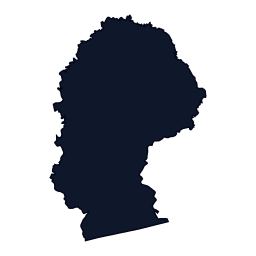 outline of Bu Dang, Bình Phước, Vietnam
{"feature_id": "81297802B33312647698223", "entity_name": "Bu Dang", "entity_type": "district", "adm_level": 2, "iso_a3": "VNM", "parent_name": "Vietnam", "parent_adm1": "Bình Phước", "projection": "orthographic", "projection_center": [107.268, 11.771], "detail": "fine", "context": "isolated", "style": "filled", "palette": "ink", "viewbox_px": 256, "rotation_deg": 0, "n_neighbors": 0, "source": "geoboundaries", "source_scale": "gbopen_adm2", "svg_char_len": 5665}
<svg xmlns="http://www.w3.org/2000/svg" viewBox="0 0 256 256"><path d="M180.8,59.8L179.7,60.1L178.1,59.6L176.7,58.6L176.1,57.5L175.1,57.3L175.2,57.1L176.6,57.0L175.2,55.7L175.1,55.3L175.9,54.8L175.1,54.5L174.8,53.9L176.0,54.2L175.6,53.2L176.3,53.1L176.6,51.8L176.3,51.7L175.8,52.0L175.1,51.4L175.2,49.9L174.7,48.7L174.4,47.0L173.5,46.2L173.6,45.9L174.3,45.5L174.4,45.2L173.4,44.7L171.7,42.6L171.4,41.8L171.6,40.5L168.7,35.3L166.2,33.1L163.7,31.9L163.5,31.5L163.5,30.1L163.0,30.2L161.7,29.2L160.2,29.1L159.8,28.5L158.3,28.5L157.4,29.4L156.6,29.4L155.8,28.9L155.8,27.9L154.9,27.5L154.0,28.1L152.5,27.6L151.0,27.8L151.8,25.2L150.0,24.2L149.8,23.7L150.2,23.0L150.0,22.7L149.0,23.8L149.1,24.2L149.6,24.8L149.5,25.1L148.2,25.0L146.8,24.2L145.2,26.4L145.0,24.8L144.7,24.4L144.2,24.3L144.0,24.6L144.0,26.1L143.7,26.2L143.1,26.1L141.6,24.6L141.1,25.9L140.6,26.0L140.0,25.5L140.2,24.7L139.5,24.4L138.0,24.4L137.5,23.2L137.2,23.3L137.1,23.9L136.8,24.0L135.7,23.8L133.7,22.9L132.9,21.8L132.7,20.9L131.3,20.5L129.9,21.0L130.3,19.2L131.0,18.6L131.1,17.4L130.0,15.5L129.7,15.4L129.3,16.1L129.1,17.3L128.9,17.6L128.5,17.5L128.4,16.4L127.7,16.3L127.3,16.5L126.3,19.1L126.3,20.0L125.9,20.4L123.1,19.2L121.5,17.6L120.7,17.8L119.1,19.5L120.3,20.1L120.1,20.5L119.3,20.7L117.5,19.8L117.2,18.9L116.7,18.6L115.2,19.2L113.3,17.8L112.9,17.9L111.8,19.2L108.7,17.4L108.0,17.4L106.9,18.5L104.6,23.0L103.7,23.2L102.7,21.8L101.3,22.4L101.8,26.4L103.5,27.6L103.7,27.9L103.2,28.6L101.8,29.4L101.0,31.5L99.4,29.9L97.6,31.3L96.3,31.3L95.1,30.8L94.6,31.3L95.3,33.0L94.2,33.3L92.6,34.4L91.6,34.5L91.2,35.4L90.5,36.0L90.8,36.6L92.5,36.9L92.7,38.2L92.0,39.2L91.6,39.2L90.5,38.7L90.1,38.9L89.5,40.0L87.3,40.9L86.9,41.7L86.3,41.8L82.6,41.0L81.1,41.2L81.1,41.6L82.0,42.8L82.1,43.3L81.1,43.4L79.6,44.8L78.3,45.0L78.3,45.8L79.1,47.5L79.0,48.1L78.3,49.1L78.3,49.7L79.5,50.1L79.7,50.4L78.3,50.8L78.0,51.1L77.5,53.1L76.3,54.4L77.0,56.5L78.6,58.7L78.6,59.6L78.1,60.1L76.5,60.4L76.0,60.2L73.9,58.3L73.6,58.4L73.9,61.2L74.4,62.3L74.2,62.8L73.4,62.8L72.4,62.0L70.3,62.6L69.7,63.0L69.6,63.4L70.5,65.2L66.7,67.0L65.8,67.1L65.9,67.5L66.3,67.8L68.8,67.4L69.3,68.7L65.6,69.9L65.4,70.5L65.7,71.0L66.5,71.7L66.3,72.3L65.9,72.6L65.6,72.4L64.0,70.3L61.4,71.6L59.6,73.3L59.8,74.4L60.8,74.7L61.5,75.6L62.6,80.5L62.5,80.9L61.2,81.5L59.9,83.0L60.6,87.4L62.1,88.2L61.6,88.7L59.6,88.6L58.5,88.0L57.8,88.3L57.9,88.8L59.8,90.2L60.8,91.6L61.4,95.6L61.7,96.6L63.2,99.1L63.5,100.1L61.3,102.1L60.3,102.7L58.9,103.0L55.9,103.0L54.9,103.4L53.5,104.3L54.8,110.8L55.1,111.0L57.2,109.6L57.9,109.5L58.7,110.2L58.9,111.9L60.6,112.1L60.8,112.4L61.3,114.7L62.1,116.7L62.0,117.2L61.4,118.0L61.5,118.3L61.8,118.5L63.3,117.9L64.1,116.4L64.5,116.3L64.7,116.5L64.9,118.4L64.6,120.1L64.7,121.1L64.4,121.5L62.4,122.3L62.1,123.2L64.9,123.3L65.3,124.6L65.0,125.0L64.2,125.4L64.1,128.0L62.2,129.1L61.4,130.1L61.3,130.8L62.0,134.3L61.5,136.4L60.8,137.3L58.5,138.0L56.7,135.9L56.8,139.9L56.5,140.9L54.9,142.3L54.9,142.6L55.0,142.9L57.0,145.7L57.6,146.0L58.5,145.8L60.3,145.1L60.7,145.6L61.8,147.2L63.8,152.0L63.7,154.1L61.6,156.8L61.0,157.8L60.9,160.5L59.2,162.5L59.8,163.5L59.6,164.6L58.1,165.0L56.1,164.9L54.9,164.5L54.7,165.1L53.2,166.3L53.5,167.6L52.9,168.7L52.6,171.4L55.1,172.9L55.3,174.1L55.2,174.3L51.9,174.3L50.3,177.7L50.8,178.1L52.6,178.6L52.2,181.3L54.5,183.3L54.9,185.7L54.8,188.8L55.0,189.1L55.9,190.0L57.9,191.0L60.5,191.4L64.4,193.5L64.5,194.8L65.3,196.8L65.3,197.3L64.3,198.2L64.3,199.1L66.1,200.7L65.6,202.3L65.6,203.5L66.3,204.5L68.1,206.3L68.7,207.7L69.5,208.2L72.5,208.2L75.7,207.0L78.1,207.0L80.1,208.7L81.4,209.3L82.1,210.2L82.6,211.8L83.7,213.3L84.4,213.3L88.5,211.3L88.7,211.7L87.7,213.8L86.2,215.5L85.8,216.8L83.4,219.7L81.0,225.1L81.0,226.6L83.4,231.5L82.8,233.8L84.1,237.2L85.1,237.6L85.4,238.0L85.5,240.6L98.4,237.3L139.0,228.8L168.1,221.5L167.2,219.2L166.9,218.9L164.6,218.7L159.7,218.8L158.3,219.2L157.7,218.6L155.2,214.2L154.3,211.9L154.6,211.5L155.6,211.5L156.3,211.8L157.5,212.9L158.3,211.6L156.5,210.3L153.6,209.0L152.9,207.8L152.2,205.9L153.9,202.9L156.1,200.0L155.9,199.3L153.6,196.8L153.9,195.4L155.1,192.9L155.1,192.2L154.6,191.5L148.2,186.5L146.9,185.9L142.2,184.6L141.6,184.3L140.8,183.2L140.4,181.6L142.4,178.8L141.5,177.2L139.5,175.6L139.2,174.7L139.5,173.7L142.2,169.7L144.3,165.5L146.9,163.7L147.2,163.3L146.8,162.5L144.9,161.4L144.5,160.9L144.6,160.5L146.3,159.0L146.8,158.1L146.9,155.6L147.5,151.9L147.4,147.6L147.7,146.5L149.3,145.1L152.0,145.2L152.7,142.8L153.9,141.1L154.6,140.8L157.8,140.8L159.5,140.5L162.8,138.2L163.0,137.6L163.7,137.0L164.7,136.9L166.1,137.4L167.7,137.5L169.2,137.2L170.0,136.5L172.8,136.4L175.3,135.4L176.4,133.8L176.2,132.8L176.4,131.7L177.1,131.6L179.1,132.1L179.7,131.3L179.6,130.6L180.0,130.1L182.9,128.4L189.0,127.1L189.8,127.8L189.7,129.0L190.7,129.7L191.4,129.3L192.5,127.8L192.8,126.9L193.6,126.9L193.2,126.0L193.2,125.5L194.1,125.3L193.5,124.4L192.6,123.6L193.4,123.0L193.2,122.0L192.7,121.0L192.5,120.6L191.5,120.3L191.7,117.8L192.8,117.4L192.2,116.9L192.6,116.6L192.8,115.8L193.2,115.3L193.7,115.3L194.9,116.5L195.7,115.4L196.7,114.8L197.8,113.7L198.3,112.7L197.6,112.2L197.7,111.3L196.5,110.3L196.4,109.7L196.8,107.7L197.2,107.3L198.1,107.1L198.0,106.0L199.0,105.0L200.0,104.5L200.0,103.6L200.4,102.6L200.3,101.4L200.6,101.3L201.4,102.5L201.9,102.6L201.7,101.3L201.2,100.5L201.6,99.6L203.4,97.0L203.8,96.8L205.2,97.3L205.6,97.1L205.7,95.5L205.4,94.1L205.2,90.9L203.9,89.4L203.1,89.1L202.4,88.4L199.1,88.6L197.2,87.8L197.0,87.1L196.8,84.0L196.4,82.5L195.0,80.5L194.8,77.7L192.4,75.4L188.9,68.9L187.9,67.9L187.7,67.0L188.2,66.1L186.7,64.3L186.1,64.0L184.6,64.0L184.1,63.6L183.7,62.6L182.1,62.1L181.7,60.8L180.8,59.8Z" fill="#0f172a" stroke="#020617" stroke-width="1.5"/></svg>